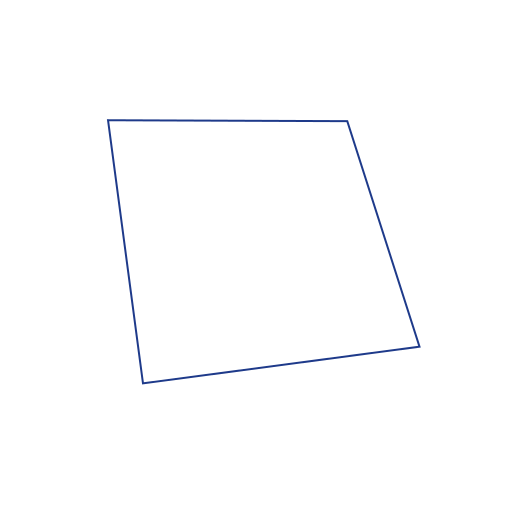 47, Ad Dawhah, Qatar, rotated 199°
{"feature_id": "91078587B84345070687923", "entity_name": "47", "entity_type": "district", "adm_level": 2, "iso_a3": "QAT", "parent_name": "Qatar", "parent_adm1": "Ad Dawhah", "projection": "albers", "projection_center": [51.56, 25.239], "detail": "fine", "context": "isolated", "style": "outline", "palette": "blue", "viewbox_px": 512, "rotation_deg": 199, "n_neighbors": 0, "source": "geoboundaries", "source_scale": "gbopen_adm2", "svg_char_len": 248}
<svg xmlns="http://www.w3.org/2000/svg" viewBox="0 0 512 512"><g transform="rotate(199 256 256)"><path d="M213.6,413.2L440.1,336.2L321.4,98.8L316.0,101.5L115.9,201.5L71.9,223.5L213.6,413.2Z" fill="none" stroke="#1e3a8a" stroke-width="2"/></g></svg>